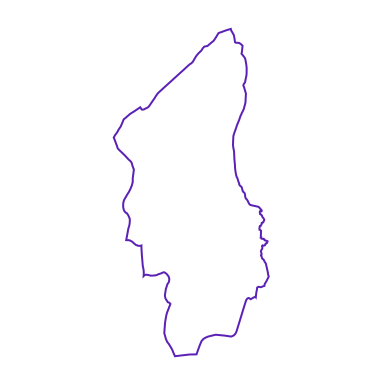 Hornindal nor, Sogn og Fjordane, Norway (Robinson projection), rotated 273°
{"feature_id": "86288312B93534014402224", "entity_name": "Hornindal nor", "entity_type": "district", "adm_level": 2, "iso_a3": "NOR", "parent_name": "Norway", "parent_adm1": "Sogn og Fjordane", "projection": "robinson", "projection_center": [6.586, 61.998], "detail": "fine", "context": "isolated", "style": "outline", "palette": "violet", "viewbox_px": 384, "rotation_deg": 273, "n_neighbors": 0, "source": "geoboundaries", "source_scale": "gbopen_adm2", "svg_char_len": 5826}
<svg xmlns="http://www.w3.org/2000/svg" viewBox="0 0 384 384"><g transform="rotate(273 192 192)"><path d="M242.3,111.0L240.4,111.9L233.5,114.9L231.7,115.5L229.8,117.5L225.3,122.7L221.2,126.9L219.7,128.8L218.4,130.0L215.1,131.2L213.3,131.9L211.4,132.8L202.6,132.1L198.7,132.3L195.2,131.5L191.7,130.3L188.8,129.0L185.8,127.3L182.6,125.7L180.9,124.8L179.8,124.4L177.8,124.0L176.1,123.9L173.2,124.1L172.0,124.4L170.5,124.9L169.2,125.6L168.4,126.4L167.8,127.1L167.5,128.0L166.5,128.7L165.7,129.4L162.6,131.0L161.6,131.3L160.1,131.4L157.6,131.4L155.1,131.1L153.8,130.8L152.9,130.5L150.4,130.1L146.9,129.7L140.5,128.8L140.5,129.6L140.5,131.0L140.6,131.3L140.4,132.1L140.3,132.7L139.6,134.2L138.9,135.4L137.9,136.4L137.5,137.0L136.7,138.1L136.3,138.6L135.9,139.4L135.9,140.0L135.5,140.9L135.5,141.5L135.5,142.0L135.6,143.7L135.9,144.3L133.9,144.4L126.6,145.2L119.4,146.2L116.9,146.5L115.8,146.7L114.4,147.0L113.1,147.4L110.5,147.9L108.1,148.1L105.5,148.1L106.4,148.9L106.8,149.7L107.0,150.4L107.0,151.2L106.7,153.4L106.3,155.1L106.4,155.9L106.4,156.6L106.6,158.2L106.9,160.2L107.3,161.3L108.2,162.9L109.0,165.2L109.7,166.4L110.4,168.0L110.3,168.5L110.1,169.1L109.7,169.7L108.8,171.0L107.1,172.5L106.3,173.1L105.2,173.5L104.3,173.8L103.3,173.9L102.2,173.8L100.9,173.6L99.2,172.6L98.3,172.2L97.0,171.8L95.2,171.4L94.1,171.0L88.1,170.4L86.8,170.4L85.6,170.7L84.1,171.2L80.7,173.6L80.2,175.2L79.1,176.3L77.5,175.8L76.4,175.4L74.1,174.7L71.2,173.7L69.5,173.2L66.1,172.6L60.9,172.0L58.4,171.9L49.7,171.7L43.7,173.7L41.0,175.1L38.5,177.2L36.1,178.8L34.8,179.7L33.2,180.6L30.2,182.0L27.1,183.6L28.2,189.8L29.6,198.2L30.1,205.0L34.2,206.2L39.1,207.7L43.6,209.3L44.6,210.1L46.0,211.3L46.9,212.6L47.7,214.0L48.4,215.5L49.0,217.3L50.7,223.2L50.3,232.2L49.7,238.6L50.2,239.8L50.8,241.0L52.0,242.2L53.4,243.1L55.0,243.7L58.1,244.5L80.5,250.1L86.7,251.7L88.1,252.5L89.1,253.8L88.9,254.8L88.0,256.2L88.1,256.3L88.4,256.8L89.4,258.3L90.5,260.2L90.9,260.7L90.3,261.2L95.1,261.5L97.6,261.9L100.0,262.1L100.8,263.4L100.7,264.6L100.6,265.3L100.5,265.6L100.8,266.5L101.5,267.7L102.0,269.2L104.2,269.5L104.6,269.8L107.2,271.2L108.5,271.7L111.1,272.9L111.8,273.0L113.0,272.5L114.3,272.2L115.9,271.9L124.4,269.5L126.3,268.1L128.3,267.0L129.2,265.6L130.8,265.0L131.6,264.7L132.0,264.3L132.1,264.2L132.5,264.2L132.7,264.3L133.0,264.7L133.3,264.7L133.6,264.7L134.3,264.6L135.0,264.4L135.7,264.1L136.1,264.0L136.4,263.9L137.3,264.2L137.9,264.4L138.4,264.7L138.7,265.0L139.0,265.1L139.6,265.1L140.2,265.1L140.8,265.1L141.0,264.9L141.4,264.8L141.6,264.8L142.1,264.9L142.4,265.2L142.4,265.4L142.4,265.5L142.0,265.9L142.2,266.6L142.4,267.0L142.5,267.4L142.6,267.5L143.0,267.8L143.4,267.9L143.4,268.0L143.6,268.1L143.8,268.2L144.4,268.3L144.5,268.5L144.7,268.8L144.6,269.0L145.0,269.5L145.5,269.7L146.3,270.0L146.8,270.0L146.9,269.7L147.4,267.9L147.6,267.2L148.3,266.9L148.4,266.7L148.4,266.3L148.6,266.1L149.0,266.0L149.0,265.9L148.9,265.5L149.0,265.3L149.0,265.0L148.9,264.6L149.1,263.7L149.3,263.6L150.3,263.5L150.3,263.1L150.6,263.2L150.8,263.2L151.9,263.0L152.2,263.0L153.2,263.1L155.2,263.0L155.3,262.9L156.6,263.0L156.8,262.9L157.0,262.9L157.6,262.2L157.8,261.9L158.2,261.6L158.1,261.4L159.0,261.2L160.4,261.4L161.2,261.4L161.7,261.7L161.8,262.1L161.8,262.4L162.0,262.5L162.4,262.7L163.3,263.1L164.2,263.3L164.7,263.3L164.7,263.6L165.0,264.0L165.1,264.3L165.6,264.5L165.7,264.8L165.8,264.9L166.7,265.2L166.8,265.2L166.9,265.3L167.6,265.6L168.5,265.5L170.6,263.8L171.0,263.5L171.2,263.4L171.7,263.3L172.0,263.1L172.6,262.7L172.9,262.2L173.5,261.2L173.8,261.3L174.2,261.0L174.4,260.9L174.9,260.8L176.1,260.8L176.4,260.9L176.5,261.0L176.5,261.3L176.5,261.7L176.5,261.9L176.4,262.1L176.6,262.2L176.6,262.5L177.4,262.5L180.3,259.7L180.7,259.0L182.1,250.9L183.2,249.7L184.5,248.9L185.6,248.4L186.5,247.8L187.5,247.1L188.2,246.2L189.0,245.7L189.8,245.5L190.8,245.3L192.1,245.1L193.2,244.8L194.3,244.0L194.5,243.5L194.9,243.1L195.6,242.8L195.8,242.5L197.2,242.1L198.2,241.7L199.3,241.4L199.7,241.1L200.1,240.5L200.6,240.1L200.7,239.8L201.1,239.3L201.6,239.0L202.3,238.7L203.0,238.7L203.7,238.3L204.6,237.9L205.9,237.4L208.5,236.5L209.4,235.8L212.2,234.9L216.7,234.0L218.7,233.7L221.8,233.4L225.0,232.9L227.2,232.6L234.5,231.9L238.2,231.0L241.3,230.4L242.4,230.5L244.1,230.4L250.1,230.4L251.1,230.6L251.7,230.8L253.8,231.3L255.3,231.8L257.0,232.3L258.6,232.8L260.7,233.3L264.7,234.7L266.0,235.2L268.5,235.9L270.9,236.6L272.0,237.2L273.1,237.4L275.3,238.5L276.5,238.9L277.3,239.3L279.8,239.8L281.4,240.2L283.5,240.6L284.4,240.7L286.0,240.7L292.8,240.7L293.6,240.6L295.1,239.9L295.7,239.8L297.9,239.0L299.2,238.6L300.5,237.9L301.4,237.7L302.5,238.1L303.4,238.6L304.2,239.2L305.4,239.4L307.1,239.6L310.9,240.2L312.0,240.3L313.8,240.3L318.4,240.1L320.6,239.8L322.7,239.4L324.0,239.1L326.1,238.6L327.5,238.3L328.8,237.6L329.4,237.1L331.4,235.5L332.1,234.7L332.7,234.2L333.7,234.4L334.7,234.5L337.9,234.7L339.8,234.8L340.8,234.8L341.1,234.4L341.9,233.5L342.3,232.9L342.6,232.5L343.2,231.5L343.3,230.8L343.4,229.5L343.4,228.4L343.4,227.7L343.8,227.2L344.9,226.9L346.5,226.6L349.3,226.0L351.0,225.5L353.2,224.1L355.5,222.6L356.9,222.2L355.2,217.5L352.9,212.2L352.4,210.8L352.0,210.1L349.0,208.5L347.8,207.9L344.1,205.7L343.5,205.0L342.1,203.4L338.7,199.9L338.2,198.3L337.9,196.7L335.9,195.1L333.8,194.0L330.8,191.2L328.7,189.6L327.1,188.6L323.0,186.5L321.8,185.8L320.4,184.5L319.4,183.0L308.2,171.9L300.6,164.4L297.4,161.2L296.3,160.1L288.9,152.8L285.9,150.9L284.8,150.3L284.0,149.9L281.6,148.4L276.0,145.0L275.1,144.4L274.3,143.7L273.2,141.8L272.7,140.8L271.9,139.6L271.7,138.7L271.7,137.5L273.9,135.8L273.3,135.1L272.7,134.3L271.3,132.4L270.6,131.5L269.4,129.9L268.1,128.0L266.5,125.8L265.3,124.7L264.4,123.6L262.9,122.2L261.0,120.0L257.5,118.8L255.6,118.1L253.5,117.3L250.6,115.5L247.8,114.2L244.9,112.3L242.3,111.0Z" fill="none" stroke="#5b21b6" stroke-width="2"/></g></svg>